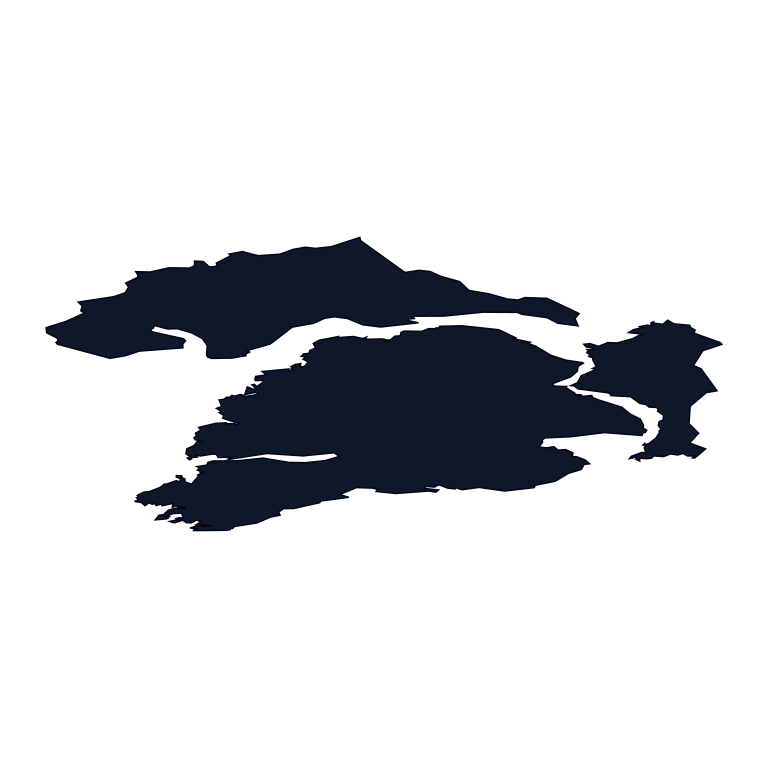 Tjeldsund nor, Nordland, Norway
{"feature_id": "86288312B94702681329617", "entity_name": "Tjeldsund nor", "entity_type": "district", "adm_level": 2, "iso_a3": "NOR", "parent_name": "Norway", "parent_adm1": "Nordland", "projection": "equal_earth", "projection_center": [16.297, 68.509], "detail": "fine", "context": "isolated", "style": "filled", "palette": "ink", "viewbox_px": 768, "rotation_deg": 0, "n_neighbors": 0, "source": "geoboundaries", "source_scale": "gbopen_adm2", "svg_char_len": 6123}
<svg xmlns="http://www.w3.org/2000/svg" viewBox="0 0 768 768"><path d="M498.7,329.7L462.0,325.8L439.5,326.3L439.8,327.7L435.1,328.1L436.7,328.8L428.7,328.6L421.7,331.4L403.9,331.1L401.0,332.4L400.3,335.8L394.8,336.2L390.5,339.8L386.7,340.3L388.4,341.1L387.1,341.4L385.2,341.4L386.4,339.7L381.9,338.9L367.5,339.3L365.3,338.6L366.3,337.2L363.1,338.6L353.3,336.5L338.3,337.6L338.6,336.5L319.0,340.3L313.3,343.5L315.7,347.9L309.8,350.5L309.0,353.4L303.5,353.9L301.2,356.3L306.0,357.0L303.1,359.2L308.4,362.1L306.1,364.2L307.2,364.8L302.0,367.1L300.3,365.9L300.8,363.5L295.2,364.5L291.5,366.4L295.1,367.1L291.0,368.1L291.3,369.7L294.5,369.6L289.7,371.6L289.0,369.0L262.1,371.5L266.3,374.9L255.1,376.5L257.9,377.4L255.0,378.1L255.2,380.6L262.5,380.4L263.1,382.1L256.9,386.6L254.5,384.4L252.0,384.9L255.6,388.1L253.8,389.4L247.3,386.9L244.6,394.8L253.1,392.7L256.7,392.7L258.7,393.8L257.8,394.4L244.0,396.7L244.1,395.6L240.1,394.5L234.7,396.2L231.7,395.4L230.5,396.5L233.8,397.3L226.4,397.3L223.9,399.4L219.1,399.9L221.7,406.4L216.5,408.4L221.6,411.6L219.2,412.6L223.8,415.4L222.7,418.2L238.9,423.5L236.0,425.2L235.0,423.7L225.3,423.7L226.9,422.8L215.8,423.3L198.7,427.4L200.8,430.3L195.6,433.1L196.3,435.9L193.9,437.8L195.1,439.7L200.3,440.9L196.8,442.0L194.0,445.7L186.9,448.7L185.9,453.8L190.3,456.7L187.3,458.1L189.5,459.8L191.6,458.8L191.2,457.6L197.3,457.0L195.4,454.9L200.3,456.0L212.3,454.1L216.2,454.3L218.2,457.4L232.4,457.3L228.2,459.1L229.4,459.3L266.8,453.5L303.2,455.9L333.7,452.8L339.6,456.3L325.3,460.6L305.3,462.7L288.8,462.4L263.0,458.1L237.4,460.8L212.8,461.0L207.8,462.5L206.9,465.1L196.9,466.6L199.7,468.0L197.4,470.1L199.8,471.0L200.2,472.7L205.0,471.8L197.7,475.0L198.5,476.0L191.6,484.2L185.1,482.0L184.8,478.8L182.6,478.1L181.6,475.8L176.4,475.6L176.3,477.1L180.4,478.6L179.7,481.9L176.3,480.7L167.4,483.8L168.9,484.9L164.6,484.0L160.1,487.4L149.3,491.6L143.6,492.2L137.3,495.4L138.6,496.8L136.5,497.7L138.5,500.0L134.5,501.4L141.4,502.5L145.0,505.7L148.9,502.8L152.3,504.3L154.2,503.3L156.2,505.5L161.6,504.0L162.0,505.8L173.0,503.4L172.3,507.3L176.0,505.7L178.4,507.3L185.1,506.7L184.0,508.1L185.2,508.3L175.4,508.2L168.3,510.3L164.7,513.4L166.1,514.4L159.1,515.2L155.3,519.8L166.0,518.9L168.9,517.9L166.1,518.3L165.8,516.6L169.5,516.5L168.4,515.3L172.7,513.6L181.5,513.1L183.5,517.9L178.6,517.8L176.0,518.6L177.6,519.7L169.7,521.4L174.1,522.9L182.9,520.2L186.1,522.6L191.2,522.9L196.5,520.1L201.2,521.7L195.0,525.4L207.9,524.9L212.6,526.2L196.0,526.4L190.0,527.9L197.6,529.2L192.8,530.6L226.1,530.3L230.3,529.6L230.2,528.4L232.8,528.4L234.3,526.5L256.8,523.0L270.7,517.0L280.0,515.2L278.7,512.0L283.7,508.6L293.7,508.5L319.7,502.7L321.0,501.0L348.9,497.3L339.8,494.5L356.5,487.6L372.5,488.1L377.4,489.3L376.1,491.5L396.0,493.5L429.0,491.0L435.8,492.2L438.5,490.0L424.0,488.4L426.4,486.4L434.3,487.1L436.1,486.1L434.6,485.6L438.3,485.2L437.3,484.2L447.7,488.1L455.0,488.9L456.1,487.8L461.9,489.7L479.1,487.4L504.7,491.0L534.3,487.6L534.8,486.3L532.1,485.9L555.3,481.2L568.5,473.3L581.2,469.5L584.1,464.4L589.6,463.8L585.2,460.0L576.7,456.7L572.1,456.8L573.0,453.0L565.6,449.6L558.0,450.1L553.9,446.7L546.3,447.9L539.0,446.9L542.6,442.2L542.2,440.0L544.9,437.9L570.1,436.8L604.4,432.6L642.0,435.5L642.8,433.3L645.5,432.2L646.7,430.3L643.1,428.0L643.5,425.3L640.3,419.1L630.3,414.1L622.0,407.3L598.5,399.9L592.8,397.5L591.8,395.5L582.6,396.4L580.4,395.9L581.6,395.5L580.7,394.8L575.0,394.6L574.9,393.2L565.5,387.4L566.5,386.5L555.0,386.2L551.7,384.0L570.9,376.8L577.2,371.4L578.3,366.1L583.3,363.2L582.4,362.6L566.1,360.2L551.3,355.5L535.9,346.3L527.6,343.2L530.0,342.2L513.1,338.7L515.7,337.8L498.7,329.7ZM578.1,325.9L575.0,318.6L579.1,313.5L546.8,298.3L525.0,297.6L518.0,300.0L507.3,299.0L489.3,293.9L468.8,290.4L459.8,281.7L440.3,276.2L430.4,271.6L419.2,270.3L405.8,272.4L403.4,271.4L360.7,240.7L359.9,237.4L331.3,246.7L315.5,248.4L305.5,247.2L293.0,249.4L280.0,254.2L258.2,255.7L242.4,251.6L229.1,254.1L231.0,255.5L216.4,263.1L217.2,265.8L212.7,266.9L209.2,266.8L203.3,261.5L194.5,261.1L194.6,265.9L189.0,268.1L169.1,267.8L150.1,272.0L135.7,271.7L138.0,275.2L137.5,277.4L125.7,283.1L128.6,287.1L125.2,292.8L113.8,296.7L78.1,302.1L82.2,305.9L80.8,310.8L84.7,313.0L65.8,321.5L46.1,327.7L46.7,332.8L57.2,338.1L58.2,340.5L56.0,342.6L57.4,344.2L110.0,358.3L125.6,355.7L139.3,351.1L182.9,347.8L182.8,344.1L185.6,340.7L183.3,338.7L152.4,331.9L150.0,329.6L153.4,328.2L154.2,325.4L167.4,329.0L177.3,328.7L191.8,332.9L202.4,338.6L207.3,345.7L206.5,354.9L207.8,357.2L211.7,358.4L231.7,358.1L246.0,355.7L245.3,354.3L249.6,352.1L247.4,350.5L270.3,344.0L292.3,327.1L313.6,323.3L324.6,318.3L334.4,316.8L347.4,318.5L362.7,324.8L380.7,327.0L418.5,322.8L407.8,320.5L408.8,319.0L415.1,318.5L412.6,317.5L413.0,316.2L443.4,316.1L482.9,312.2L517.4,312.4L521.4,314.2L547.2,317.7L557.7,323.2L578.1,325.9ZM721.9,344.4L720.6,342.7L694.0,333.2L695.1,330.2L690.4,327.4L689.7,325.3L673.8,323.8L667.7,320.2L662.8,324.3L652.9,323.0L653.5,321.9L651.1,322.6L651.0,324.2L653.2,325.1L651.6,326.0L647.3,325.1L639.8,326.6L641.9,327.6L633.4,329.7L628.7,332.6L644.8,334.3L640.2,334.7L632.7,338.7L617.2,342.9L607.8,342.6L598.6,346.3L589.8,343.6L583.8,344.3L586.2,346.9L591.7,347.6L593.4,349.4L586.9,349.5L587.9,350.7L586.8,352.6L591.4,355.6L588.0,356.2L593.1,357.8L592.7,359.8L596.4,366.6L592.6,368.5L594.7,368.9L593.8,370.4L581.1,375.9L577.5,382.6L571.0,385.6L574.2,385.9L577.8,388.8L606.9,392.7L609.9,393.5L610.9,395.6L630.5,396.7L640.0,403.5L645.5,404.4L649.1,407.1L656.2,407.4L658.2,408.9L657.5,411.1L663.6,415.3L663.1,420.0L659.2,421.6L658.3,425.6L661.3,429.4L659.1,430.9L659.6,432.2L656.2,437.7L648.8,443.7L645.5,444.6L644.8,443.4L642.9,445.0L645.5,445.6L644.2,448.0L645.6,450.0L644.3,450.5L647.1,450.8L645.1,452.7L641.8,452.5L631.3,456.3L629.5,458.6L635.4,457.2L636.8,458.6L635.8,459.1L639.7,461.1L639.7,458.2L646.6,458.7L651.4,458.2L654.0,455.9L663.6,456.6L670.4,453.9L677.8,455.0L682.8,453.4L687.4,455.9L694.6,456.1L692.5,457.9L694.9,457.9L705.6,448.9L689.6,443.0L698.6,433.2L689.0,423.6L690.2,406.2L706.4,392.6L717.0,390.8L701.2,368.9L693.4,365.5L702.9,350.6L721.9,344.4Z" fill="#0f172a" stroke="#020617" stroke-width="1.5"/></svg>